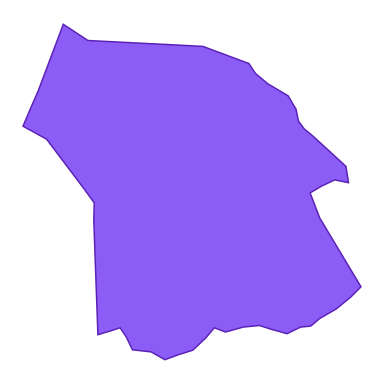 outline of Pedro Régis, Paraíba, Brazil
{"feature_id": "56859067B44809734962782", "entity_name": "Pedro Régis", "entity_type": "district", "adm_level": 2, "iso_a3": "BRA", "parent_name": "Brazil", "parent_adm1": "Paraíba", "projection": "albers", "projection_center": [-35.282, -6.668], "detail": "fine", "context": "isolated", "style": "filled", "palette": "violet", "viewbox_px": 384, "rotation_deg": 0, "n_neighbors": 0, "source": "geoboundaries", "source_scale": "gbopen_adm2", "svg_char_len": 713}
<svg xmlns="http://www.w3.org/2000/svg" viewBox="0 0 384 384"><path d="M361.0,286.8L319.7,217.9L310.1,192.9L321.8,186.0L334.7,179.9L348.5,182.7L346.0,166.5L337.8,158.9L324.5,146.7L312.6,135.8L304.2,128.9L298.4,120.9L296.1,109.4L288.2,95.9L267.7,83.7L255.4,73.4L249.0,63.6L202.9,46.4L107.7,41.5L87.9,40.5L63.3,24.3L38.1,91.1L30.5,108.5L23.0,126.2L46.6,139.2L83.5,188.1L94.2,202.8L93.8,220.5L97.9,334.7L110.5,330.9L120.1,327.8L126.3,337.0L132.4,349.8L151.1,351.9L164.9,359.7L178.5,354.7L192.8,350.2L205.8,337.9L214.3,327.8L225.6,332.0L243.1,327.1L259.6,325.5L270.9,329.2L287.1,333.7L300.5,327.1L310.7,326.1L319.7,318.5L336.3,308.9L350.7,297.1L361.0,286.8Z" fill="#8b5cf6" stroke="#5b21b6" stroke-width="1.5"/></svg>